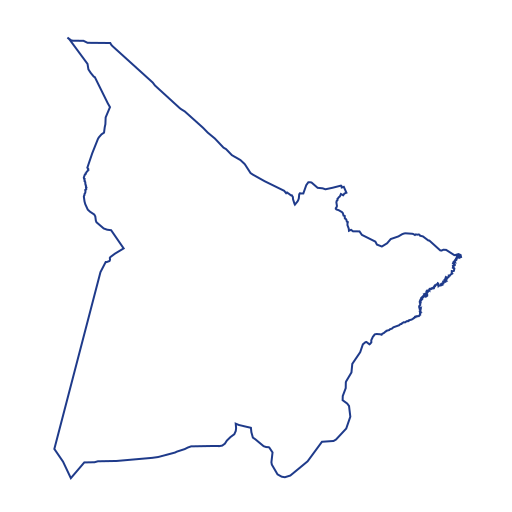 the district of Chipata, Eastern, Zambia, rotated 89°
{"feature_id": "96606910B12043083212801", "entity_name": "Chipata", "entity_type": "district", "adm_level": 2, "iso_a3": "ZMB", "parent_name": "Zambia", "parent_adm1": "Eastern", "projection": "albers", "projection_center": [32.554, -13.744], "detail": "fine", "context": "isolated", "style": "outline", "palette": "blue", "viewbox_px": 512, "rotation_deg": 89, "n_neighbors": 0, "source": "geoboundaries", "source_scale": "gbopen_adm2", "svg_char_len": 5892}
<svg xmlns="http://www.w3.org/2000/svg" viewBox="0 0 512 512"><g transform="rotate(89 256 256)"><path d="M269.4,411.8L445.4,461.0L458.3,452.5L474.9,445.0L459.4,431.3L459.4,421.1L458.5,417.7L458.5,398.9L456.0,363.3L455.3,357.5L451.1,340.4L450.2,338.5L447.8,330.6L446.3,327.5L445.2,324.2L445.2,305.5L445.3,296.6L445.5,296.4L445.0,293.1L443.1,290.4L440.1,288.4L436.5,284.6L433.8,280.8L430.6,279.3L427.8,278.9L423.3,279.2L424.7,276.0L427.7,264.1L432.1,263.7L437.5,262.3L439.3,259.8L446.3,251.7L447.2,249.2L447.4,246.7L447.7,246.1L452.7,242.9L462.5,244.2L464.9,243.8L474.7,238.3L477.1,234.2L477.7,231.0L476.1,225.5L462.2,208.0L442.9,193.3L442.3,181.7L440.9,179.2L430.1,168.8L418.3,164.5L407.6,165.6L405.1,167.4L401.7,171.9L397.5,171.7L389.7,168.6L383.9,168.4L383.0,168.1L374.1,162.6L365.5,161.6L354.0,153.5L346.2,150.7L344.1,148.1L343.9,147.1L346.3,144.1L345.9,143.5L344.4,142.2L342.2,142.2L338.5,140.4L337.8,139.6L336.9,139.1L336.4,138.5L336.1,136.6L336.3,134.7L336.4,133.3L336.9,131.8L336.1,131.3L335.1,129.3L333.7,127.7L333.5,127.0L333.0,126.8L332.4,124.1L331.6,123.4L331.0,121.4L329.7,119.9L327.7,114.0L327.2,113.6L326.6,112.7L326.5,111.7L325.8,111.2L324.8,109.4L325.0,108.2L323.8,106.4L323.9,105.2L323.8,104.8L323.4,104.9L322.9,104.1L322.3,101.5L321.0,99.3L320.7,99.3L320.3,98.4L319.7,98.2L319.8,97.7L319.4,97.7L319.0,96.7L319.3,96.1L318.9,95.3L319.0,94.3L318.5,93.7L317.4,93.2L317.4,92.9L316.1,93.0L315.9,92.5L315.5,92.4L315.2,92.9L314.6,93.1L314.6,92.5L314.1,92.9L313.4,92.7L312.8,92.9L312.5,92.6L312.6,92.4L311.1,92.1L310.8,92.6L311.0,92.7L310.7,93.0L310.5,92.8L310.5,93.1L310.2,93.4L310.5,93.6L309.7,93.8L308.6,93.5L307.8,92.6L306.8,92.7L305.8,92.3L305.6,93.0L304.3,93.1L303.9,92.9L304.2,92.3L303.4,92.3L303.6,92.0L302.8,91.7L302.9,91.4L301.9,90.5L301.1,91.0L301.1,91.6L300.7,91.5L300.4,91.0L300.6,90.7L300.3,89.9L299.8,90.2L299.5,89.5L299.3,89.8L298.9,89.5L299.0,89.1L298.5,89.1L297.8,88.6L298.3,88.4L298.3,88.1L298.0,88.2L298.3,87.7L298.9,88.0L299.4,87.8L299.7,87.0L298.7,85.5L298.0,85.5L298.0,85.9L297.7,86.2L297.4,86.1L297.4,86.8L296.7,87.1L296.5,86.6L296.2,86.8L296.0,86.5L296.6,85.9L296.1,85.8L296.1,86.2L295.5,86.0L294.4,85.8L294.2,86.1L293.9,85.9L293.7,85.7L294.1,85.4L294.3,84.5L294.1,84.3L293.5,84.4L293.3,84.0L293.7,84.0L293.4,83.8L293.5,83.6L293.2,83.7L293.0,83.3L292.7,83.4L292.1,83.1L292.5,82.5L292.2,81.7L291.8,82.0L291.6,81.1L291.3,81.0L291.1,80.3L291.4,80.1L291.2,79.7L291.5,79.2L291.4,78.7L290.8,78.5L290.7,79.1L290.4,79.0L288.7,77.8L288.9,77.4L288.4,77.3L288.4,76.8L287.6,76.2L287.1,75.0L286.4,74.7L286.6,74.4L287.5,74.7L287.6,74.3L288.3,74.4L288.4,74.2L289.2,74.1L288.8,73.7L288.8,72.5L288.6,72.2L287.9,71.9L288.4,71.4L288.0,71.0L288.2,70.6L288.0,70.0L287.1,70.1L287.1,70.6L286.8,70.6L286.6,69.2L285.4,69.3L285.7,68.7L285.1,68.4L285.1,67.5L284.6,67.7L284.4,66.7L284.0,66.7L284.0,66.2L283.3,66.7L283.6,67.0L283.2,68.0L282.5,67.4L282.6,66.8L282.2,66.6L282.2,66.3L281.7,66.5L281.7,66.9L281.2,66.8L281.3,66.3L280.8,66.5L280.4,66.4L280.7,65.9L281.6,65.3L280.8,64.8L280.9,64.5L280.1,63.6L278.9,63.6L279.0,62.5L278.0,61.8L277.0,60.1L276.3,60.6L274.5,60.5L274.7,59.7L274.3,58.4L272.0,57.9L271.2,59.4L270.7,59.3L270.4,58.8L270.0,59.1L269.6,58.9L269.2,59.1L268.7,57.4L268.3,57.3L267.7,57.7L267.8,57.9L267.6,58.1L266.6,57.6L266.5,58.0L266.8,58.2L266.7,59.1L265.2,58.5L265.0,58.0L265.2,57.5L264.7,57.8L264.0,57.2L263.8,56.9L264.1,56.6L263.7,56.1L263.1,56.6L262.5,55.9L262.7,55.5L261.5,55.1L261.4,55.5L260.8,55.0L260.9,54.6L260.6,54.9L260.4,54.5L260.2,54.6L260.2,55.0L259.8,54.8L259.4,55.0L259.1,54.6L258.9,54.6L258.7,54.0L258.8,53.7L259.8,53.8L259.8,53.2L260.8,51.8L260.6,51.0L258.6,51.4L257.6,53.5L258.6,57.0L258.6,57.7L253.2,65.8L253.0,68.5L253.8,70.4L253.6,71.7L243.6,82.4L243.5,83.4L239.3,88.8L238.6,91.6L237.6,92.2L237.3,92.9L237.5,94.2L237.2,95.9L237.8,96.7L236.9,98.1L236.5,99.3L235.9,106.2L236.1,107.6L236.7,109.4L238.9,113.3L241.4,121.0L245.6,124.7L248.7,130.0L246.7,134.9L243.7,136.4L236.7,149.8L233.2,152.1L233.0,158.6L231.5,160.5L232.4,162.6L230.2,162.8L226.8,164.0L225.3,164.0L223.7,163.6L223.2,164.6L221.4,165.0L220.6,165.5L220.0,166.5L217.5,166.6L217.1,167.8L214.7,168.4L213.6,169.3L211.6,172.6L210.9,174.7L210.2,175.4L209.6,175.4L208.4,174.5L207.4,174.2L203.8,174.7L202.4,174.4L201.7,173.6L200.2,173.5L200.0,173.1L198.8,172.3L197.9,171.1L195.5,170.0L196.8,167.8L195.1,166.5L194.3,164.5L188.4,167.0L189.0,169.1L187.4,169.4L187.1,169.8L189.1,178.2L190.5,185.4L189.5,188.2L188.9,193.2L183.5,199.2L183.2,200.6L183.2,202.4L186.0,204.5L194.3,207.6L194.3,210.1L194.0,210.9L195.0,211.7L199.2,212.2L200.6,212.7L202.1,213.5L205.3,216.2L204.5,216.6L199.8,218.0L197.7,218.1L195.9,219.2L196.0,219.9L195.8,220.2L194.2,222.2L193.9,222.8L193.1,223.6L193.1,224.2L193.7,224.8L191.3,226.7L181.4,246.0L174.6,257.7L173.0,260.0L164.0,265.6L159.8,269.9L154.8,278.3L148.6,284.1L147.1,286.6L137.8,295.1L131.8,302.1L126.9,306.7L110.2,324.7L107.9,328.3L106.8,329.7L87.6,350.0L83.7,354.1L80.8,356.2L43.7,395.8L42.2,397.1L40.5,398.0L39.9,420.7L37.8,424.8L37.6,434.8L37.2,437.0L34.3,440.7L36.1,438.8L61.0,421.1L66.5,420.3L70.0,418.1L73.8,415.1L74.4,414.0L100.8,401.5L104.6,399.4L114.8,403.9L121.6,404.3L124.6,405.0L130.0,405.8L131.7,408.4L134.7,411.1L136.2,412.0L150.3,417.9L164.8,423.1L166.0,422.2L166.7,422.4L167.0,422.2L167.2,422.6L167.8,422.7L169.0,423.9L170.3,424.6L170.5,425.0L171.3,425.0L171.8,425.8L174.6,426.8L175.6,426.6L175.9,426.1L176.3,426.3L177.5,425.9L178.0,426.2L179.2,425.4L181.1,425.4L181.4,425.1L182.6,425.0L183.0,424.7L183.6,424.8L184.4,424.4L184.7,424.8L186.1,424.5L186.6,425.1L187.1,425.2L187.2,425.6L188.5,425.4L189.8,425.6L191.0,426.4L192.0,426.4L192.3,426.7L193.6,427.1L198.5,426.5L201.2,425.8L206.7,423.4L208.8,421.2L211.7,417.0L213.6,416.0L217.9,415.5L219.5,414.9L225.8,407.8L227.1,404.4L227.7,400.4L246.1,388.2L251.2,397.0L254.5,401.6L255.4,402.2L257.2,402.0L258.5,402.6L259.5,405.6L259.4,406.4L269.4,411.8Z" fill="none" stroke="#1e3a8a" stroke-width="2"/></g></svg>